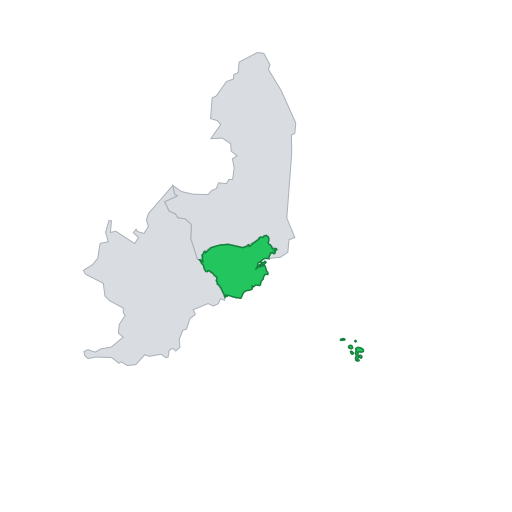 map of Ecuador with Peru and Colombia greyed out, rotated 212°
{"feature_id": "ECU", "entity_name": "Ecuador", "entity_type": "country or territory", "adm_level": 0, "iso_a3": "ECU", "parent_name": "South America", "parent_adm1": "", "projection": "albers", "projection_center": [-81.617, -1.768], "detail": "fine", "context": "with_neighbors", "style": "filled", "palette": "green", "viewbox_px": 512, "rotation_deg": 212, "n_neighbors": 2, "source": "natural_earth", "source_scale": "50m", "svg_char_len": 6196}
<svg xmlns="http://www.w3.org/2000/svg" viewBox="0 0 512 512"><g transform="rotate(212 256 256)"><path d="M363.9,271.7L353.5,271.1L342.5,274.9L329.2,282.7L328.3,288.1L325.4,292.1L326.5,298.3L319.5,301.6L319.5,306.5L316.4,308.6L321.1,319.0L327.5,326.0L325.0,330.9L332.6,331.7L336.9,337.8L347.0,338.2L356.5,331.5L355.6,348.9L360.8,350.3L367.3,348.4L377.0,366.9L374.5,370.7L373.5,388.4L369.0,394.0L371.0,398.2L368.3,402.0L373.1,411.5L362.7,429.2L356.8,432.0L345.4,425.5L344.5,420.9L321.9,409.4L292.8,389.9L288.1,380.6L290.0,377.3L280.3,362.3L250.0,304.5L232.9,292.3L236.6,287.1L231.0,276.1L234.6,268.0L243.8,260.7L245.2,265.5L241.9,268.3L242.2,272.5L251.6,272.8L256.5,278.7L263.0,274.0L265.2,266.2L272.3,256.1L286.2,251.6L298.9,239.6L302.5,232.1L300.9,223.3L304.0,222.2L320.7,236.2L327.4,248.4L336.0,249.9L342.4,246.9L346.6,248.9L353.5,248.0L362.3,253.5L354.7,265.2L358.2,265.5L363.9,271.7Z" fill="#d9dde1" stroke="#a8b0b8" stroke-width="1"/><path d="M399.5,208.0L397.3,209.3L391.9,198.8L388.1,202.7L365.5,202.2L365.5,209.5L372.3,210.7L371.9,215.1L369.6,213.9L363.0,215.8L362.9,224.1L368.0,228.4L369.7,235.1L363.9,271.7L358.2,265.5L354.7,265.2L362.3,253.5L353.5,248.0L346.6,248.9L342.4,246.9L336.0,249.9L327.4,248.4L320.7,236.2L304.0,222.2L300.9,223.3L290.3,216.7L287.0,218.5L277.2,216.8L274.4,211.9L260.7,205.4L259.1,201.8L263.4,201.0L262.9,195.2L265.7,191.0L271.4,190.3L280.8,177.1L276.5,174.3L278.8,167.7L276.2,157.2L278.7,154.2L276.9,144.5L272.2,138.4L273.7,132.9L277.4,133.7L279.7,130.4L277.0,123.7L278.4,122.0L284.4,122.4L293.2,114.5L298.0,113.3L300.4,100.1L307.1,94.9L314.5,94.8L315.4,92.4L324.5,93.4L338.4,85.4L344.1,80.0L348.2,80.7L351.3,83.7L348.9,87.5L341.4,89.3L338.4,94.9L330.4,102.2L325.7,116.8L331.7,117.6L335.7,125.4L335.5,136.5L338.4,137.5L341.1,141.5L356.1,140.5L362.9,142.0L371.0,151.9L390.7,150.2L394.8,152.3L390.0,162.2L389.0,170.4L394.9,184.1L388.9,189.8L396.1,196.4L399.5,208.0Z" fill="#d9dde1" stroke="#a8b0b8" stroke-width="1"/><path d="M302.0,222.8L301.3,223.2L300.7,223.2L299.8,223.3L298.5,222.9L298.0,222.9L297.9,223.3L298.8,223.8L299.6,224.4L299.9,225.2L300.3,226.2L301.5,227.4L302.2,227.9L302.2,228.3L302.0,229.1L301.9,229.7L302.3,232.5L302.1,232.7L301.6,232.7L301.2,232.7L300.8,232.4L300.5,232.2L300.3,232.6L300.0,233.9L299.2,236.7L298.6,239.2L297.7,240.1L296.6,241.5L294.9,243.4L292.5,246.1L290.8,247.4L289.4,248.4L287.8,249.6L285.7,251.1L283.4,251.9L280.1,253.1L277.8,253.9L276.1,254.5L274.4,255.1L272.0,255.9L271.1,256.6L269.6,258.5L268.9,259.4L268.3,260.1L268.2,260.5L268.3,260.7L268.6,261.1L268.6,261.5L268.2,261.7L267.8,261.7L267.6,261.5L267.5,261.1L267.1,260.7L266.7,260.6L266.4,260.7L266.4,261.1L265.8,262.9L265.8,263.9L265.5,264.2L265.6,265.0L265.0,265.8L264.7,266.5L264.5,267.1L264.0,267.5L263.9,268.1L263.4,269.4L262.9,270.5L262.5,271.4L262.5,272.1L262.8,272.5L262.8,272.9L262.6,273.6L262.5,274.1L261.8,274.5L260.4,275.3L259.9,275.9L259.7,276.5L259.8,277.1L259.8,277.5L259.1,277.7L258.9,278.1L258.4,278.8L258.0,279.1L256.7,278.7L255.7,278.7L255.0,278.3L254.2,277.3L253.6,276.5L253.1,275.4L252.9,273.8L252.2,273.4L251.5,272.9L250.6,273.0L249.7,273.1L249.1,272.7L247.7,272.1L246.6,271.4L245.7,271.0L245.0,271.2L244.6,271.6L243.9,272.4L242.9,272.9L242.4,272.9L241.8,272.6L241.7,272.1L242.2,271.5L243.2,270.0L242.1,270.0L241.7,269.5L241.6,269.0L241.4,268.4L241.7,267.7L242.3,267.3L243.2,267.6L243.8,267.6L244.2,267.0L244.7,266.7L245.1,266.5L245.3,266.2L244.8,265.1L244.7,264.6L244.8,264.2L244.8,263.6L244.8,263.1L244.5,262.7L244.5,262.1L244.3,261.7L244.2,261.4L244.2,260.9L243.9,260.7L243.6,260.5L243.8,260.4L245.5,259.8L246.2,259.2L247.0,258.7L247.8,257.9L248.2,257.1L249.4,253.4L250.5,251.2L250.3,250.1L249.4,248.6L249.2,246.4L249.3,245.7L249.2,245.2L248.6,246.1L248.7,249.4L248.2,250.8L247.5,251.2L247.0,250.9L247.3,248.6L246.7,249.0L245.9,250.6L244.5,251.7L244.4,252.1L244.1,252.6L243.0,252.2L242.1,251.7L239.4,249.0L237.7,248.5L236.6,247.6L236.4,247.2L236.2,246.6L237.3,246.1L238.4,245.3L238.6,243.7L238.5,242.4L237.7,240.2L238.1,237.3L237.9,236.2L236.9,233.8L237.6,232.6L240.2,231.7L241.0,231.1L241.5,229.2L242.1,228.1L243.2,228.6L244.1,228.5L242.9,228.1L242.0,226.4L241.8,225.6L243.7,223.2L244.6,222.6L245.8,221.4L246.9,219.5L247.1,216.6L246.7,214.5L246.4,212.3L247.0,211.7L248.5,211.4L249.8,210.7L250.4,210.0L251.9,210.1L253.6,209.1L256.3,208.6L260.2,207.4L261.0,206.4L260.6,204.6L261.0,204.8L262.0,205.7L262.7,206.6L263.8,207.1L264.7,207.5L267.0,209.3L268.5,210.2L270.1,211.0L272.5,211.9L274.0,211.7L274.4,212.4L274.6,213.0L275.2,213.4L276.1,213.8L276.6,213.9L276.7,214.1L277.2,216.5L277.5,216.9L278.7,217.3L280.2,217.4L280.8,217.3L282.1,218.0L283.1,218.3L284.1,218.6L284.8,218.7L285.1,218.5L285.3,218.3L285.9,218.4L286.7,218.7L288.0,218.7L288.8,218.4L288.9,218.0L288.9,217.1L289.2,216.8L290.1,216.3L290.6,216.4L292.9,217.5L293.4,217.9L294.0,218.6L295.1,219.7L296.3,220.5L298.1,220.8L299.9,222.0L302.0,222.8ZM116.9,221.5L117.6,222.2L118.0,224.4L120.4,226.6L120.7,227.8L120.5,228.4L120.6,228.6L121.7,229.5L122.4,230.4L121.2,232.6L118.6,233.6L115.8,233.6L115.3,233.3L114.5,232.5L114.4,231.8L114.8,231.1L116.2,230.0L118.4,229.0L118.7,228.2L117.8,227.5L117.2,226.1L115.8,225.1L115.1,222.1L114.6,221.9L113.7,222.4L113.2,222.0L113.1,221.8L114.1,221.1L114.3,220.6L115.8,220.4L116.5,220.7L116.9,221.5ZM127.8,230.6L127.2,230.7L125.4,229.5L125.5,228.4L126.2,227.7L128.5,227.3L129.5,228.0L129.4,229.3L128.7,230.3L128.0,230.5L127.8,230.6ZM245.8,255.7L245.6,256.2L244.5,256.1L244.2,256.0L244.2,255.5L244.5,253.8L244.8,253.2L245.7,252.5L246.4,252.2L247.4,252.3L248.4,252.9L247.2,253.9L246.5,254.1L246.3,254.2L245.8,255.7ZM115.2,227.1L114.0,227.3L113.0,227.0L112.6,226.3L112.5,225.4L112.6,225.1L114.7,224.8L115.4,225.5L115.4,226.7L115.2,227.1ZM138.4,232.2L137.1,232.6L136.6,232.4L136.3,232.2L136.2,231.9L137.0,231.2L137.7,230.8L138.3,230.0L139.6,229.5L139.9,229.6L140.1,229.8L140.2,230.0L139.8,230.7L139.1,231.2L138.4,232.2ZM125.0,225.6L124.5,225.9L122.3,225.6L121.6,224.9L122.1,224.0L122.6,223.6L123.9,223.9L125.2,224.9L125.0,225.6ZM126.8,237.2L126.4,237.2L125.7,236.7L126.2,235.8L126.7,236.0L127.1,236.3L127.3,236.6L126.8,237.2ZM260.0,206.9L259.4,207.0L259.1,206.4L259.9,205.8L260.2,205.7L260.0,206.9Z" fill="#22c55e" stroke="#15803d" stroke-width="1.5"/></g></svg>